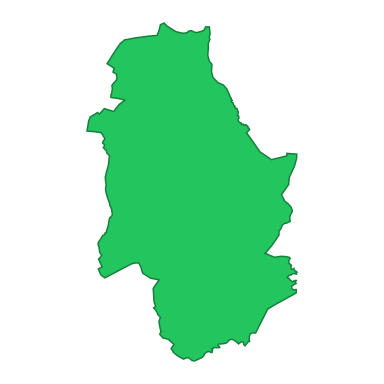 Bebeji, Kano, Nigeria (Mercator projection)
{"feature_id": "59680162B69796164397605", "entity_name": "Bebeji", "entity_type": "district", "adm_level": 2, "iso_a3": "NGA", "parent_name": "Nigeria", "parent_adm1": "Kano", "projection": "mercator", "projection_center": [8.315, 11.538], "detail": "fine", "context": "isolated", "style": "filled", "palette": "green", "viewbox_px": 384, "rotation_deg": 0, "n_neighbors": 0, "source": "geoboundaries", "source_scale": "gbopen_adm2", "svg_char_len": 4917}
<svg xmlns="http://www.w3.org/2000/svg" viewBox="0 0 384 384"><path d="M296.1,293.0L296.3,290.5L296.3,289.6L295.3,289.6L294.0,290.1L292.4,289.1L291.6,287.6L291.9,285.9L293.4,285.1L294.2,284.3L296.1,283.6L295.3,282.4L295.0,281.4L296.1,281.1L296.3,280.5L295.4,280.5L294.3,280.6L292.6,281.8L291.0,280.7L289.8,279.7L289.3,278.5L287.9,278.1L287.2,277.5L289.2,275.2L291.0,275.0L291.9,274.1L293.7,273.5L296.4,274.1L296.0,272.8L297.0,272.2L296.2,271.4L295.2,270.9L294.2,270.0L294.0,268.5L293.1,269.2L291.4,269.1L290.7,266.5L291.4,265.7L291.2,265.0L290.1,264.2L288.8,263.1L288.9,261.6L288.9,260.0L290.2,258.7L289.5,257.4L287.7,257.0L285.9,256.6L281.5,256.3L278.3,256.6L274.8,257.3L269.6,255.3L267.3,254.1L264.9,253.4L266.7,251.7L271.8,245.6L279.0,235.0L279.0,231.3L280.9,228.7L282.4,225.0L284.4,223.5L286.5,223.1L287.7,222.6L290.2,221.4L289.9,219.4L289.8,218.2L289.8,216.9L290.8,214.0L291.7,213.0L292.3,210.5L290.9,206.9L287.8,203.4L284.8,201.2L281.5,194.6L288.6,184.6L289.3,177.3L294.5,166.1L296.6,158.4L296.8,154.1L286.9,153.4L286.8,155.9L271.4,159.6L259.9,151.8L255.0,144.6L250.0,137.6L246.5,132.7L249.0,130.3L249.6,129.6L248.9,128.2L248.2,127.9L247.9,127.4L248.0,126.6L247.3,125.9L246.6,125.5L246.1,124.9L245.4,124.8L244.9,125.4L244.3,125.2L243.0,124.1L242.5,124.5L241.9,124.7L241.5,124.5L241.5,124.1L241.4,123.1L240.1,122.7L238.9,121.7L238.4,120.8L238.1,120.0L238.2,119.2L238.4,118.7L238.9,118.3L238.9,117.5L238.7,116.9L238.7,116.3L238.6,115.9L237.8,115.8L237.4,115.6L237.4,115.0L237.8,114.3L238.1,113.4L238.3,112.6L238.4,111.9L237.9,111.4L237.7,111.0L237.5,110.4L237.5,109.7L237.1,108.8L236.6,108.3L235.6,108.2L235.0,108.1L234.7,107.7L235.0,106.6L234.7,106.0L234.0,105.6L233.5,104.5L233.2,103.1L232.2,102.4L231.6,102.1L231.4,101.5L231.2,101.0L231.8,100.7L232.2,100.4L231.7,99.8L231.3,99.4L231.3,98.6L230.5,97.3L229.5,94.9L226.9,89.1L223.4,85.0L218.1,82.7L216.3,80.9L214.2,78.8L212.9,77.1L211.5,71.7L211.9,64.2L209.3,61.2L208.5,58.2L207.8,55.2L208.1,50.8L208.4,48.6L208.3,43.4L209.8,39.6L209.3,36.8L210.1,34.0L209.4,26.9L205.6,26.9L204.2,30.0L202.1,31.1L198.3,32.2L195.7,32.6L191.4,30.7L188.9,31.0L186.9,32.7L183.4,33.3L179.9,32.6L176.0,31.7L173.9,30.4L173.2,30.0L167.3,26.3L164.0,23.0L160.4,24.7L159.3,29.6L157.2,35.4L148.8,36.1L134.8,38.0L124.6,39.9L120.4,43.4L115.4,50.5L112.0,55.8L107.1,63.7L114.1,68.2L113.0,72.1L116.4,74.1L117.1,77.5L116.3,80.3L113.7,83.0L111.9,85.4L112.2,87.7L112.2,88.5L112.3,89.4L112.2,90.2L111.9,91.3L111.8,92.8L111.0,94.6L110.8,97.2L111.5,97.6L114.3,97.9L116.5,98.2L121.2,99.1L124.8,100.1L119.1,104.6L117.8,106.3L115.7,108.7L113.8,111.5L104.3,108.6L99.5,114.0L97.6,112.5L90.2,117.0L88.6,121.1L88.0,125.0L87.0,131.1L90.3,131.3L96.1,131.9L101.0,132.7L102.8,134.9L103.4,136.5L104.9,138.4L104.1,140.0L102.8,141.8L102.8,143.1L104.4,144.7L104.5,146.2L103.3,147.6L104.9,149.4L106.2,150.4L106.8,152.9L109.6,155.9L109.0,158.7L108.9,160.3L108.4,165.0L106.2,172.9L105.3,177.1L105.4,179.8L105.7,181.9L106.1,184.2L106.0,186.4L105.6,187.9L105.6,189.7L106.0,192.1L106.9,195.6L107.6,197.9L108.1,199.4L108.9,201.4L109.6,203.3L109.9,205.6L110.9,207.6L111.7,209.8L112.0,212.0L112.3,215.0L111.7,215.8L110.9,217.0L109.8,217.6L109.4,218.5L108.4,224.8L107.8,227.1L107.5,228.2L107.0,229.4L106.6,230.6L106.3,231.7L106.4,232.4L105.9,232.8L105.1,233.0L105.4,233.5L105.1,233.7L104.4,234.7L102.8,235.5L101.9,236.9L100.4,239.5L99.6,240.5L98.2,242.6L98.1,244.6L98.6,246.3L99.3,247.6L99.2,248.6L99.5,250.9L99.7,252.5L101.8,255.4L100.5,256.8L100.2,257.5L99.2,258.4L98.5,259.0L99.7,261.6L100.4,263.3L102.1,266.7L98.3,269.0L100.9,275.0L104.8,277.9L130.5,264.4L132.7,263.5L135.2,263.0L137.1,263.0L138.4,262.9L139.2,263.7L139.8,264.9L140.5,266.4L141.1,267.8L141.6,269.9L142.8,273.3L150.6,278.2L159.1,279.9L153.2,288.4L154.0,301.2L154.5,303.1L154.5,303.3L154.8,303.9L155.0,304.5L155.2,305.1L155.2,305.3L155.3,305.6L155.3,305.8L155.4,306.1L155.5,306.3L155.6,306.5L153.6,307.9L155.0,309.3L156.0,310.6L157.3,312.7L157.7,314.5L160.4,317.3L158.9,321.6L160.2,328.8L160.6,330.2L161.2,331.3L161.0,331.6L160.7,331.9L160.6,332.1L160.6,332.6L160.7,332.8L160.5,333.0L160.2,333.3L160.0,333.5L159.9,333.9L159.8,334.4L163.1,338.1L168.0,339.1L174.0,344.4L171.1,348.5L173.7,352.7L177.9,356.0L183.5,359.1L185.4,358.3L186.9,357.7L188.6,357.8L190.4,359.2L192.1,360.5L194.2,361.0L197.6,359.6L200.1,358.4L202.1,357.5L203.8,355.8L204.6,353.8L206.4,352.3L208.0,351.6L209.7,351.6L210.6,352.4L212.1,352.4L212.5,350.6L212.0,349.4L211.8,348.7L212.9,348.8L213.6,347.9L215.0,347.4L216.9,347.8L218.0,347.6L218.9,347.6L219.7,347.5L219.2,346.4L218.1,345.5L218.2,344.3L219.3,344.0L222.4,343.8L225.2,343.4L226.8,342.7L228.0,341.4L229.0,340.2L230.6,339.5L232.3,339.4L233.8,340.0L234.7,340.7L236.2,341.7L237.5,343.0L238.6,343.9L241.3,341.7L243.3,342.1L243.8,344.7L245.0,345.8L247.0,343.3L248.2,341.9L249.6,341.4L249.1,340.0L249.5,335.5L250.3,333.9L252.6,332.8L255.6,333.0L267.7,309.1L273.9,305.3L296.1,293.0Z" fill="#22c55e" stroke="#15803d" stroke-width="1.5"/></svg>